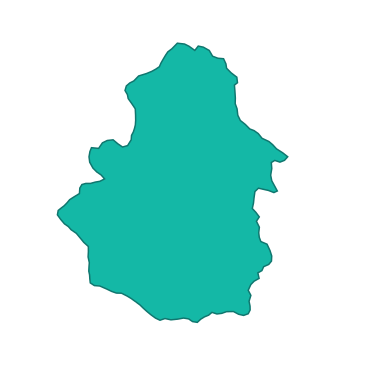 the district of Catas Altas, Minas Gerais, Brazil, rotated 121°
{"feature_id": "56859067B94045969589017", "entity_name": "Catas Altas", "entity_type": "district", "adm_level": 2, "iso_a3": "BRA", "parent_name": "Brazil", "parent_adm1": "Minas Gerais", "projection": "natural_earth1", "projection_center": [-43.409, -20.069], "detail": "fine", "context": "isolated", "style": "filled", "palette": "teal", "viewbox_px": 384, "rotation_deg": 121, "n_neighbors": 0, "source": "geoboundaries", "source_scale": "gbopen_adm2", "svg_char_len": 2239}
<svg xmlns="http://www.w3.org/2000/svg" viewBox="0 0 384 384"><g transform="rotate(121 192 192)"><path d="M317.6,204.8L315.1,200.4L314.6,194.1L314.6,189.6L315.0,184.7L315.6,178.4L316.7,173.8L317.6,169.2L318.4,164.0L318.9,158.4L318.4,153.4L314.4,150.0L312.4,144.2L308.2,138.6L304.4,134.3L302.5,129.5L302.8,124.8L301.0,120.3L296.5,119.0L292.6,117.0L289.0,114.3L284.9,112.9L283.7,107.8L280.7,104.0L276.8,100.8L273.1,94.9L272.8,89.1L271.2,84.2L267.4,81.1L263.2,81.4L259.9,83.5L256.3,86.8L250.3,88.3L247.3,93.2L241.0,93.9L236.4,92.8L231.5,90.0L227.4,93.9L223.4,91.6L219.1,92.1L214.5,88.9L210.3,88.3L205.8,90.7L202.1,94.9L198.1,100.8L199.0,107.5L196.2,111.0L192.6,113.8L187.5,116.1L183.9,121.7L178.7,121.5L176.5,126.9L175.1,131.8L169.8,133.6L165.1,135.8L159.2,138.3L154.5,137.0L153.1,132.7L151.3,127.3L150.3,121.5L147.2,119.4L144.0,124.8L141.3,129.4L137.1,133.2L130.8,135.7L125.9,139.2L122.3,137.3L121.1,132.0L117.2,129.0L112.5,128.1L111.7,134.3L111.5,141.8L109.9,147.2L109.1,152.1L109.9,159.6L107.8,165.3L107.4,170.4L108.2,175.0L106.7,180.8L105.8,187.4L102.6,192.3L97.5,196.2L94.0,200.5L89.2,203.2L83.1,207.4L78.5,210.7L74.9,209.3L70.5,212.7L69.7,219.8L68.1,226.1L64.7,228.9L61.5,233.6L64.0,238.7L65.0,244.3L61.8,250.1L62.0,256.9L63.7,261.8L69.2,262.5L68.6,269.5L69.0,274.6L72.0,281.2L79.6,283.0L84.3,284.9L87.9,285.1L92.4,285.1L97.5,285.0L101.4,284.5L105.3,286.3L109.3,288.6L114.0,292.1L120.0,297.5L126.8,299.1L130.6,301.5L134.9,302.9L139.5,301.7L141.8,297.5L144.8,294.8L147.2,289.3L149.9,283.5L155.1,280.0L159.6,277.2L163.7,275.1L167.3,274.0L170.8,273.2L174.6,273.0L178.6,271.0L185.4,271.1L189.2,274.7L188.9,280.2L187.9,286.5L191.5,291.2L196.0,294.1L202.7,294.5L205.8,301.0L210.0,300.3L214.9,298.4L219.2,295.0L222.6,289.1L223.9,283.8L224.2,278.7L225.8,273.7L230.3,276.5L233.3,280.0L237.0,283.5L239.4,287.5L242.3,290.2L246.4,290.2L251.3,287.7L256.7,290.5L261.5,292.9L265.9,293.6L269.7,294.5L273.2,295.9L276.7,297.2L280.9,295.6L283.1,290.5L285.0,284.9L285.3,280.2L286.6,276.2L287.0,269.9L288.9,264.4L290.9,258.8L292.1,252.8L296.5,250.1L301.2,247.6L305.5,243.6L309.1,241.8L313.0,239.7L315.8,237.1L319.0,234.9L322.3,232.4L322.5,227.5L320.1,222.7L319.1,215.1L318.6,209.7L317.6,204.8Z" fill="#14b8a6" stroke="#0f766e" stroke-width="1.5"/></g></svg>